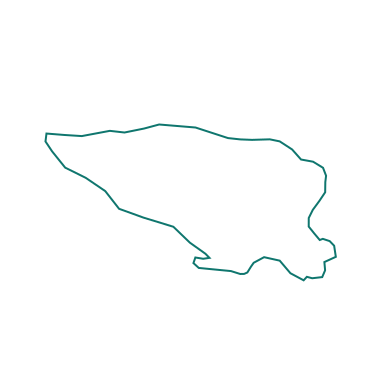 Nynäshamn, Stockholm, Sweden, rotated 105°
{"feature_id": "70781695B48387323711272", "entity_name": "Nynäshamn", "entity_type": "district", "adm_level": 2, "iso_a3": "SWE", "parent_name": "Sweden", "parent_adm1": "Stockholm", "projection": "orthographic", "projection_center": [17.89, 58.97], "detail": "fine", "context": "isolated", "style": "outline", "palette": "teal", "viewbox_px": 384, "rotation_deg": 105, "n_neighbors": 0, "source": "geoboundaries", "source_scale": "gbopen_adm2", "svg_char_len": 896}
<svg xmlns="http://www.w3.org/2000/svg" viewBox="0 0 384 384"><g transform="rotate(105 192 192)"><path d="M217.4,36.3L207.1,40.8L203.8,46.3L203.4,53.5L205.3,56.2L200.4,63.2L195.2,70.3L186.9,72.5L178.0,70.7L167.5,66.6L157.8,63.3L147.9,65.8L141.6,66.7L134.7,71.7L131.4,82.9L132.4,95.1L125.0,106.3L120.4,120.4L121.0,130.5L126.1,147.5L128.7,159.0L130.6,171.2L128.8,205.3L135.3,241.2L143.1,254.7L152.0,272.6L154.2,287.2L166.5,312.9L169.9,329.8L173.2,347.7L181.1,346.6L189.0,337.6L201.3,320.8L205.8,298.4L213.6,276.0L227.1,258.1L229.3,232.3L230.4,201.0L241.5,180.9L248.2,163.0L251.1,158.1L253.6,163.9L254.4,171.8L260.3,172.2L263.6,165.8L258.3,133.9L258.7,124.3L258.7,124.2L257.6,120.4L255.4,117.7L248.8,115.7L244.4,114.1L236.3,105.5L235.6,89.5L245.0,75.9L248.4,61.3L244.2,59.1L244.2,53.6L240.5,44.2L233.5,43.2L233.1,43.2L225.4,46.0L217.4,36.3Z" fill="none" stroke="#0f766e" stroke-width="2"/></g></svg>